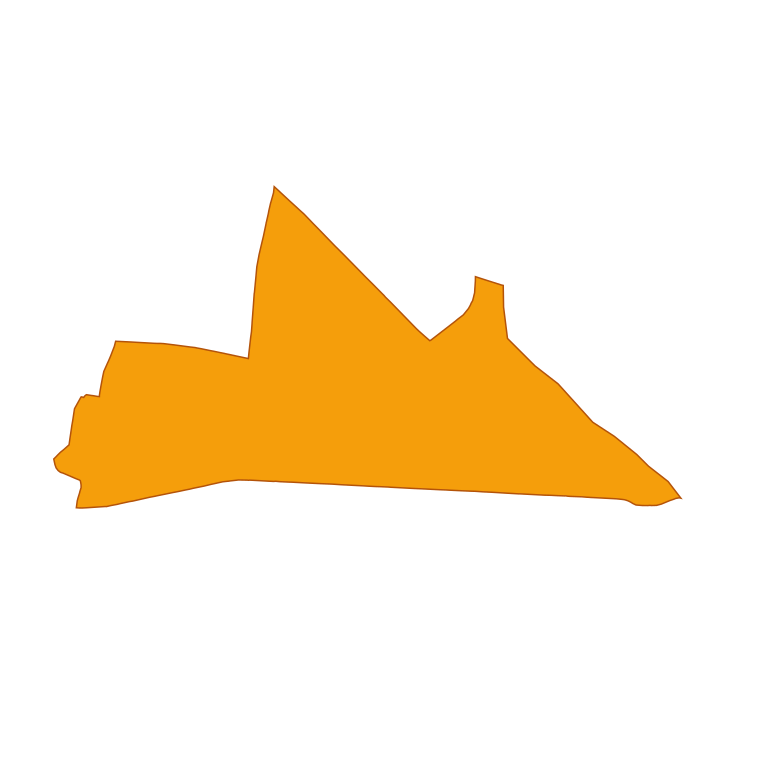 outline of Al Wehdah, Amanat Al Asimah, Yemen, rotated 190°
{"feature_id": "15242507B40413338286185", "entity_name": "Al Wehdah", "entity_type": "district", "adm_level": 2, "iso_a3": "YEM", "parent_name": "Yemen", "parent_adm1": "Amanat Al Asimah", "projection": "albers", "projection_center": [44.192, 15.335], "detail": "fine", "context": "isolated", "style": "filled", "palette": "amber", "viewbox_px": 768, "rotation_deg": 190, "n_neighbors": 0, "source": "geoboundaries", "source_scale": "gbopen_adm2", "svg_char_len": 3245}
<svg xmlns="http://www.w3.org/2000/svg" viewBox="0 0 768 768"><g transform="rotate(190 384 384)"><path d="M611.0,225.1L595.3,231.7L590.0,233.7L588.1,234.5L572.4,240.7L570.5,241.4L567.4,242.6L561.0,245.2L557.1,246.7L553.7,248.2L543.3,252.3L536.5,255.3L533.5,256.5L530.4,257.8L525.8,259.7L521.7,260.9L520.2,261.3L518.5,261.9L517.1,262.3L512.7,263.6L510.8,264.2L501.9,265.6L500.4,265.7L499.7,266.0L494.0,266.7L481.3,268.2L475.7,268.9L473.8,269.4L469.8,269.7L460.5,270.9L457.9,271.3L444.6,272.9L429.6,274.8L417.7,276.4L408.5,277.4L386.7,280.1L382.2,280.6L374.1,281.6L370.8,282.1L370.1,282.2L361.7,283.3L359.4,283.5L357.0,283.8L336.5,286.3L328.9,287.3L311.3,289.5L304.7,290.4L301.2,290.8L289.3,292.3L279.5,293.6L275.4,294.2L267.7,295.0L263.1,295.6L262.2,295.7L259.2,296.1L245.1,297.7L232.3,299.2L231.2,299.4L214.9,301.4L210.0,302.0L206.7,302.4L200.8,303.3L199.3,303.5L194.4,304.1L187.1,305.1L185.5,305.4L183.7,305.4L181.6,305.6L169.3,307.3L164.8,307.7L162.5,308.0L161.2,308.1L156.5,308.7L138.4,310.9L135.1,311.3L129.7,311.7L127.3,311.8L126.0,311.7L123.3,311.3L120.6,310.5L118.1,309.5L114.8,308.6L108.5,309.2L103.1,310.1L100.9,310.7L99.9,310.7L94.5,311.8L90.0,313.9L82.0,319.0L78.5,320.9L76.8,322.0L75.9,322.3L73.5,323.2L71.8,323.1L87.3,337.3L109.3,349.0L122.9,358.5L148.0,372.4L170.4,382.0L171.8,382.6L212.5,414.3L238.4,428.0L270.3,450.3L278.5,476.9L279.6,480.5L283.7,501.8L285.7,501.9L299.1,503.7L308.6,505.0L312.6,505.6L311.9,501.2L310.7,490.3L310.6,489.5L310.8,487.0L310.9,485.1L311.1,482.6L311.2,481.4L312.2,478.7L312.6,476.8L313.9,473.0L317.9,465.8L322.6,460.7L324.5,458.4L328.3,454.2L330.0,452.3L336.3,445.4L345.2,435.6L346.4,434.6L351.9,437.9L356.6,440.8L359.5,442.6L362.0,444.3L391.7,465.7L397.7,469.8L399.1,471.0L409.3,478.2L410.1,478.8L418.4,484.6L421.0,486.4L440.4,500.3L445.3,503.8L456.1,511.3L458.6,513.1L474.9,524.9L479.1,527.9L481.5,529.6L492.3,537.5L497.6,540.8L504.3,545.1L508.9,548.0L525.0,558.4L526.4,559.3L526.0,553.1L526.9,544.0L527.1,542.5L527.5,534.5L527.5,532.0L527.9,523.6L528.0,522.7L528.0,520.9L528.4,508.7L529.0,498.7L529.5,489.5L529.5,488.7L529.5,487.7L529.6,477.3L528.8,468.0L527.5,451.7L527.5,450.4L526.1,436.9L525.8,433.8L524.7,422.8L524.3,419.3L523.6,412.5L523.4,406.8L522.5,392.3L522.0,385.5L557.9,386.7L559.9,386.7L570.4,387.0L574.6,387.0L576.3,387.1L577.8,387.0L581.0,386.8L597.0,386.1L608.1,385.5L611.5,385.1L613.6,384.7L617.1,384.2L634.7,382.1L639.9,381.5L655.7,379.5L656.1,374.2L658.1,364.0L659.4,358.4L659.7,357.4L660.5,354.2L662.1,347.8L662.3,342.3L662.4,333.5L662.4,329.1L662.4,327.7L662.4,326.7L662.3,323.7L662.1,322.2L664.3,322.0L668.5,322.0L669.9,321.9L675.2,321.8L676.1,320.9L676.9,319.8L677.4,318.6L678.3,318.7L679.1,318.8L680.0,318.7L680.5,317.5L684.1,307.1L684.5,305.8L684.2,293.8L684.2,288.5L684.1,286.0L683.8,275.2L683.6,269.4L685.7,266.7L688.5,263.2L690.7,260.7L693.1,257.3L694.2,255.6L696.2,252.8L694.8,249.3L694.0,247.4L692.3,244.4L689.9,242.2L687.4,240.9L686.4,240.7L685.1,240.6L671.0,237.3L667.1,236.5L666.3,236.0L665.5,234.1L664.8,232.0L664.3,229.3L664.8,225.4L664.9,223.7L665.5,219.1L665.8,215.6L665.5,208.7L662.6,209.0L659.6,209.5L655.3,210.5L637.4,214.9L636.0,215.1L631.8,216.9L625.9,219.1L623.0,220.4L614.2,224.0L611.0,225.1Z" fill="#f59e0b" stroke="#b45309" stroke-width="1.5"/></g></svg>